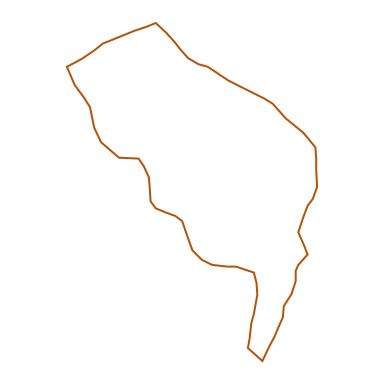 Krideia, Cyprus (Mercator projection)
{"feature_id": "46923920B22982448470937", "entity_name": "Krideia", "entity_type": "district", "adm_level": 2, "iso_a3": "CYP", "parent_name": "Cyprus", "parent_adm1": "", "projection": "mercator", "projection_center": [33.959, 35.389], "detail": "fine", "context": "isolated", "style": "outline", "palette": "amber", "viewbox_px": 384, "rotation_deg": 0, "n_neighbors": 0, "source": "geoboundaries", "source_scale": "gbopen_adm2", "svg_char_len": 949}
<svg xmlns="http://www.w3.org/2000/svg" viewBox="0 0 384 384"><path d="M66.9,66.8L74.6,84.8L84.0,97.7L90.0,107.1L94.2,127.7L101.1,142.3L119.0,157.7L138.6,158.6L143.8,166.3L148.9,177.4L149.7,187.7L150.6,201.4L155.7,208.3L166.0,212.6L175.4,216.0L182.2,221.2L189.0,240.9L192.4,250.3L201.8,259.8L212.1,264.9L227.4,266.6L236.0,266.6L253.9,272.6L256.5,282.9L257.3,294.9L253.9,313.8L251.3,323.2L249.6,338.7L247.9,348.1L262.4,361.0L269.3,346.4L274.4,336.9L278.7,326.7L282.9,317.2L283.8,306.1L291.5,294.1L295.7,281.2L295.7,270.9L298.3,264.9L307.6,254.5L304.3,246.0L298.3,232.3L303.4,216.9L307.7,205.7L312.8,198.9L317.1,186.9L316.2,169.7L316.2,158.6L315.4,147.4L303.4,132.8L285.5,118.2L272.7,103.7L264.1,98.5L250.5,91.7L241.9,87.4L228.3,80.5L220.6,75.4L207.8,66.8L198.4,64.2L188.2,58.2L180.5,49.6L174.5,41.9L166.0,32.5L155.7,23.0L147.2,26.5L134.4,30.8L124.1,35.0L102.8,43.6L94.2,50.5L81.4,59.1L66.9,66.8Z" fill="none" stroke="#b45309" stroke-width="2"/></svg>